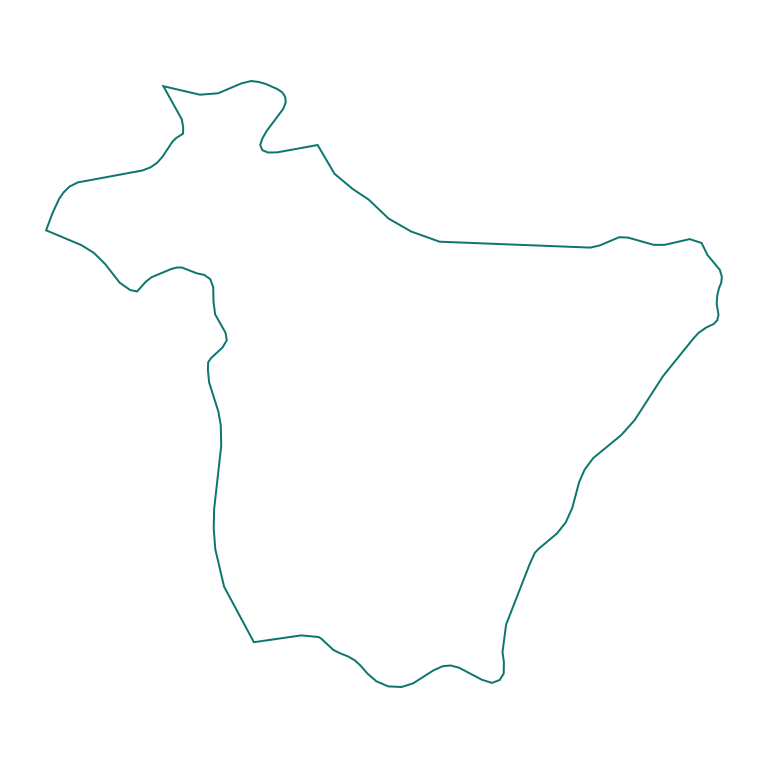 map outline of Bouira (Robinson projection)
{"feature_id": "DZA-2210", "entity_name": "Bouira", "entity_type": "Province", "adm_level": 1, "iso_a3": "DZA", "parent_name": "Algeria", "parent_adm1": "", "projection": "robinson", "projection_center": [3.808, 36.278], "detail": "fine", "context": "isolated", "style": "outline", "palette": "teal", "viewbox_px": 768, "rotation_deg": 0, "n_neighbors": 0, "source": "natural_earth", "source_scale": "10m", "svg_char_len": 1669}
<svg xmlns="http://www.w3.org/2000/svg" viewBox="0 0 768 768"><path d="M693.0,339.0L663.1,376.0L634.8,419.9L621.3,435.0L593.3,458.0L584.7,469.5L579.2,481.9L572.2,508.1L565.7,522.5L557.1,533.3L538.8,548.7L534.9,552.7L529.3,565.1L506.1,624.6L502.5,652.1L503.9,662.2L503.7,673.5L499.7,680.0L491.9,682.9L481.8,679.7L459.0,667.7L450.7,665.5L442.7,666.2L433.4,670.4L413.2,683.3L401.5,687.0L388.3,686.4L376.4,681.3L367.5,673.6L360.8,665.9L354.9,660.4L348.0,656.4L340.3,653.4L333.3,649.9L321.2,638.6L318.6,637.0L301.1,635.4L253.9,642.2L224.1,586.7L215.3,549.2L213.7,528.5L214.1,509.4L221.2,445.9L220.8,425.6L218.4,411.7L209.1,382.4L207.9,369.6L208.2,362.3L211.0,358.1L222.5,347.5L226.8,340.3L225.5,332.7L215.1,314.3L213.5,301.5L213.2,287.0L210.2,279.1L204.2,274.9L196.7,273.3L182.2,267.6L176.9,267.5L171.2,269.0L151.6,277.2L145.8,281.7L137.1,291.5L130.1,290.0L119.6,282.6L105.4,264.3L94.0,253.0L81.5,245.2L46.1,230.3L52.6,212.9L59.2,198.7L63.6,192.4L69.5,186.6L77.8,182.4L142.7,170.4L150.6,167.3L157.2,162.7L162.5,156.7L172.5,141.6L176.2,138.0L183.0,133.7L183.2,127.6L181.9,119.6L163.4,86.2L199.8,94.7L218.1,93.3L241.4,83.4L251.1,81.0L258.7,82.0L265.7,83.9L277.4,89.1L282.3,92.4L285.1,96.7L285.8,102.0L283.4,108.6L266.7,130.9L262.2,138.8L260.2,145.1L262.4,150.2L268.0,152.5L277.0,152.4L317.6,145.0L334.6,173.9L353.0,189.2L368.7,199.6L388.6,218.6L411.1,231.5L439.6,241.7L590.4,247.6L599.9,245.4L619.2,237.2L628.0,237.6L653.6,244.8L664.5,244.9L689.7,239.1L701.6,243.0L707.4,254.9L719.8,269.8L721.9,276.9L721.2,282.9L719.1,287.9L717.3,295.1L716.7,304.0L718.5,314.8L717.2,320.3L713.7,324.0L706.1,327.6L698.6,332.8L693.0,339.0Z" fill="none" stroke="#0f766e" stroke-width="2"/></svg>